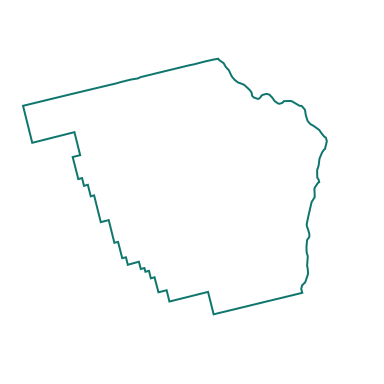 outline of Wallowa, Oregon, United States of America, rotated 346°
{"feature_id": "52423323B53292465895893", "entity_name": "Wallowa", "entity_type": "district", "adm_level": 2, "iso_a3": "USA", "parent_name": "United States of America", "parent_adm1": "Oregon", "projection": "mercator", "projection_center": [-116.925, 45.54], "detail": "fine", "context": "isolated", "style": "outline", "palette": "teal", "viewbox_px": 384, "rotation_deg": 346, "n_neighbors": 0, "source": "geoboundaries", "source_scale": "gbopen_adm2", "svg_char_len": 2103}
<svg xmlns="http://www.w3.org/2000/svg" viewBox="0 0 384 384"><g transform="rotate(346 192 192)"><path d="M274.6,316.5L274.5,313.8L274.6,312.4L274.8,311.8L276.3,309.2L280.1,306.9L284.5,300.0L284.8,299.4L285.0,298.8L285.8,293.8L285.8,291.5L288.6,283.0L288.8,281.9L288.6,279.2L288.6,278.6L289.7,273.2L291.1,269.2L292.0,266.7L292.8,265.7L294.0,264.9L295.0,263.8L295.2,263.4L295.6,261.5L295.7,260.0L295.6,257.5L295.2,253.1L295.4,251.2L299.2,243.3L304.3,233.3L305.7,230.6L309.8,226.7L310.7,222.7L311.5,218.5L312.8,216.9L313.8,216.0L316.1,213.9L316.5,213.6L317.8,213.2L317.8,210.5L317.1,208.5L317.1,208.2L318.1,203.4L319.0,200.4L319.9,199.3L321.5,196.4L323.7,190.6L327.7,185.2L330.0,183.1L331.4,182.4L331.6,182.1L335.1,175.4L335.1,171.9L334.8,171.3L333.9,170.6L333.3,169.4L332.5,167.7L331.5,165.4L330.5,162.7L329.2,161.1L325.9,157.2L323.7,155.2L322.9,154.1L321.5,151.4L321.3,150.0L321.0,145.1L321.5,139.9L321.2,139.0L319.4,135.3L318.9,134.9L318.1,134.7L317.0,134.2L313.6,130.8L310.6,127.9L308.3,127.2L303.2,126.1L302.5,126.5L301.8,127.1L300.5,127.5L298.0,127.5L296.9,126.9L294.2,123.8L292.9,120.3L290.9,116.6L290.8,116.4L288.8,115.2L288.2,114.9L287.5,114.8L283.5,114.9L282.7,115.4L281.9,116.2L280.8,117.0L279.9,117.4L279.1,117.7L278.4,117.6L274.8,115.2L273.7,113.4L273.6,113.0L273.6,112.1L273.9,111.1L273.8,110.0L273.4,108.5L272.5,106.8L272.2,106.2L268.8,101.0L267.9,100.1L265.8,98.6L263.3,97.0L260.7,93.8L260.2,92.9L258.9,90.3L258.3,88.4L257.2,82.7L255.1,79.0L253.9,74.7L250.4,70.7L249.6,69.0L244.9,68.7L236.4,68.5L224.0,68.6L220.5,68.4L193.5,68.2L193.1,68.2L192.7,68.2L169.9,68.1L166.8,68.7L159.8,68.1L150.5,68.1L143.9,68.3L143.0,68.3L142.9,68.3L138.3,68.2L119.7,68.0L98.0,67.8L48.9,67.5L48.9,105.6L49.8,105.6L92.4,105.5L92.4,129.2L84.7,129.2L84.8,152.0L88.7,151.9L88.7,159.9L92.7,159.8L92.7,171.7L96.2,171.6L96.2,199.2L104.4,199.1L104.4,222.5L108.2,222.5L108.3,239.3L112.1,239.4L112.1,247.1L123.6,246.8L123.7,254.3L127.4,254.3L127.5,258.1L131.2,258.1L131.2,265.8L135.0,265.7L135.2,281.2L143.6,281.2L143.6,292.8L183.4,292.8L183.4,315.9L274.6,316.5Z" fill="none" stroke="#0f766e" stroke-width="2"/></g></svg>